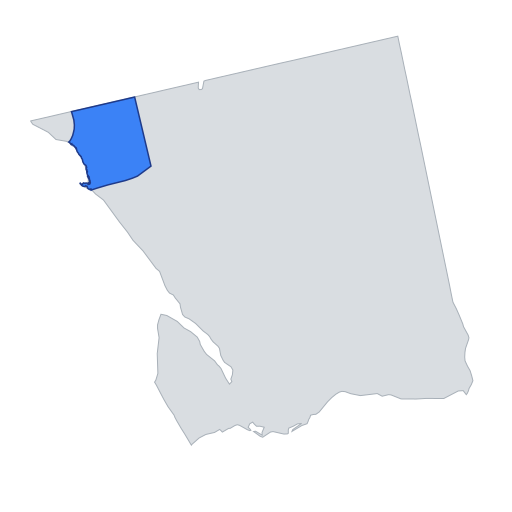 Shallatin, Al Bahr al Ahmar, Egypt (highlighted), rotated 167°
{"feature_id": "37247803B26246524516343", "entity_name": "Shallatin", "entity_type": "district", "adm_level": 2, "iso_a3": "EGY", "parent_name": "Egypt", "parent_adm1": "Al Bahr al Ahmar", "projection": "natural_earth1", "projection_center": [35.577, 23.072], "detail": "fine", "context": "in_parent", "style": "filled", "palette": "blue", "viewbox_px": 512, "rotation_deg": 167, "n_neighbors": 0, "source": "geoboundaries", "source_scale": "gbopen_adm2", "svg_char_len": 7348}
<svg xmlns="http://www.w3.org/2000/svg" viewBox="0 0 512 512"><g transform="rotate(167 256 256)"><path d="M445.1,438.3L434.7,438.3L424.3,438.3L413.9,438.3L403.5,438.3L393.1,438.3L382.7,438.3L372.3,438.3L361.9,438.3L351.6,438.3L341.2,438.3L330.8,438.3L320.4,438.3L310.0,438.3L299.6,438.3L289.2,438.3L278.8,438.3L272.9,438.3L273.9,435.0L274.5,432.6L273.9,430.9L271.8,430.5L270.5,431.1L267.4,438.1L265.7,438.4L262.0,438.4L249.9,438.4L237.8,438.4L225.7,438.4L213.6,438.4L201.5,438.4L189.4,438.4L177.3,438.3L165.2,438.3L153.1,438.3L141.0,438.3L128.9,438.3L116.8,438.3L104.7,438.3L92.6,438.3L80.5,438.3L68.4,438.3L68.6,429.9L68.7,421.4L68.9,412.9L69.1,404.4L69.2,396.0L69.4,387.5L69.6,379.0L69.7,370.6L69.9,362.1L70.1,353.6L70.3,345.1L70.5,336.7L70.6,328.2L70.8,319.7L71.0,311.2L71.2,302.7L71.4,294.3L71.6,285.8L71.8,277.3L72.0,268.8L72.2,260.3L72.4,251.9L72.6,243.4L72.8,234.9L73.0,226.4L73.2,217.9L73.4,209.5L73.6,201.0L73.8,192.5L74.0,184.0L74.3,175.5L74.5,167.0L74.2,165.5L72.7,159.7L71.3,152.4L69.8,143.4L69.7,140.4L67.1,131.2L66.9,128.5L67.7,126.7L72.6,118.9L74.1,115.1L75.4,110.5L75.9,106.8L74.7,101.1L73.2,96.1L72.8,90.8L72.7,85.7L75.2,82.2L78.2,79.0L79.3,76.9L81.0,74.7L82.3,73.6L84.4,78.2L89.3,79.0L105.1,74.9L122.5,79.0L132.0,80.6L146.8,84.1L155.7,90.3L158.1,91.1L164.6,91.0L168.8,94.7L185.7,96.5L194.6,100.5L199.7,103.8L202.8,104.8L205.5,104.6L209.2,103.4L213.9,101.1L219.0,97.9L229.5,89.8L233.3,88.3L235.7,88.7L238.6,88.6L239.9,86.4L241.4,84.9L242.4,83.2L244.0,81.1L249.5,80.5L260.4,77.0L259.2,78.6L249.2,82.6L253.4,83.1L257.8,81.8L262.8,80.9L263.7,79.2L264.4,76.0L265.4,75.6L268.8,76.2L278.9,81.1L281.5,81.2L288.7,78.5L290.2,77.9L292.5,79.4L297.8,85.5L295.9,85.4L290.3,80.1L289.8,82.7L286.5,87.3L290.5,89.3L293.8,90.0L295.5,92.6L296.6,94.9L299.9,93.9L302.2,90.8L301.0,89.1L300.2,87.3L301.3,87.2L303.5,88.7L310.0,94.6L312.1,95.8L314.6,95.6L319.9,93.9L321.4,94.2L328.4,92.0L329.3,93.6L330.4,95.2L336.1,93.4L345.0,93.4L352.3,91.5L360.8,86.9L361.5,86.2L361.9,87.3L362.9,90.5L365.5,98.6L367.7,104.9L370.4,113.6L371.3,117.0L371.6,119.3L375.6,128.9L378.0,136.8L379.7,143.2L382.1,152.6L383.2,155.9L381.5,157.6L378.0,163.7L374.2,183.1L368.8,198.2L368.2,207.7L367.4,211.1L364.8,215.9L361.7,220.6L356.3,218.1L347.4,209.9L342.3,202.0L336.7,197.0L331.5,190.2L330.1,185.4L330.2,182.3L327.9,174.7L326.3,171.2L319.9,163.1L318.1,158.8L316.7,156.9L315.4,154.2L313.1,143.8L310.7,137.1L307.8,139.0L308.2,141.7L305.7,145.6L304.2,150.1L305.3,153.7L310.5,159.3L311.5,161.8L312.7,167.0L312.4,174.2L313.3,176.6L317.1,182.0L318.5,185.1L319.3,187.9L320.6,190.3L324.5,195.0L330.0,203.8L335.3,209.8L339.1,212.6L340.7,215.5L341.1,223.0L340.8,226.5L344.1,233.2L345.3,236.6L348.6,239.3L350.1,242.5L351.4,247.6L353.4,262.7L356.2,266.4L364.9,286.3L372.3,298.9L375.9,308.3L381.3,319.7L392.0,344.8L398.4,352.5L401.0,356.9L405.6,360.2L410.6,365.1L405.8,364.6L404.6,364.9L403.0,365.7L402.1,368.6L401.8,371.0L402.4,383.8L403.7,390.2L407.9,402.5L411.1,406.2L412.6,408.5L414.7,410.3L424.7,414.5L430.6,423.3L443.8,434.5L445.1,437.6L445.1,438.3Z" fill="#d9dde1" stroke="#a8b0b8" stroke-width="1"/><path d="M412.8,409.2L412.7,409.1L412.4,408.8L412.1,408.3L411.8,408.0L411.6,407.7L411.3,407.4L411.4,407.2L411.3,406.8L411.2,406.6L411.1,406.4L411.0,406.2L410.9,406.0L410.7,406.1L410.6,406.4L410.8,406.3L411.0,406.5L410.9,406.7L410.7,406.8L410.6,406.7L410.4,406.6L410.0,406.2L409.9,405.9L409.7,405.7L409.4,405.3L409.3,405.2L409.3,404.9L409.1,404.9L408.8,404.7L408.7,404.6L408.5,404.2L408.4,404.1L408.4,403.8L408.2,403.5L408.1,403.4L407.9,403.1L407.8,402.6L407.7,402.4L407.6,402.2L407.4,402.0L407.4,402.3L407.2,402.3L407.0,402.1L406.9,401.7L406.8,401.4L406.8,401.2L407.1,401.1L407.1,401.3L407.2,401.5L407.3,401.4L407.2,401.0L407.1,400.8L407.0,400.4L406.8,400.0L406.9,399.5L406.8,399.1L406.8,398.7L406.8,398.2L406.7,397.8L406.4,397.1L406.2,396.7L406.0,396.2L405.8,395.6L405.8,395.2L405.7,394.9L405.5,394.7L405.4,394.4L405.2,393.9L404.7,393.6L404.6,393.4L404.6,393.1L404.6,392.8L404.4,392.6L404.2,392.5L404.0,392.3L404.0,391.8L404.0,391.1L404.0,390.6L403.8,390.2L403.6,389.7L403.4,389.1L403.5,388.3L403.5,387.8L403.5,386.8L403.5,386.4L403.3,386.0L403.2,385.6L403.1,385.0L402.9,384.4L402.8,384.1L402.4,383.8L402.3,383.5L402.2,383.4L401.8,383.0L401.5,382.7L401.4,382.3L401.3,382.1L401.4,381.8L401.3,381.6L401.2,381.4L401.1,381.1L401.1,380.9L401.3,381.0L401.3,381.3L401.4,381.2L401.5,380.5L401.7,380.1L401.8,379.5L401.8,379.1L401.9,378.8L402.0,378.4L402.0,378.2L401.9,378.0L401.7,378.0L401.4,378.1L401.4,377.6L401.5,377.5L401.5,377.8L401.7,377.4L401.7,376.8L401.5,376.5L401.3,376.3L401.3,376.1L401.4,375.8L401.5,375.7L401.7,375.9L401.7,376.1L401.8,376.3L401.8,376.5L401.9,376.4L402.0,376.0L402.0,374.8L402.1,374.3L402.0,373.6L401.9,372.8L401.9,372.6L401.9,372.4L401.7,372.3L401.5,372.2L401.4,372.0L401.4,371.8L401.4,371.6L401.5,371.6L401.8,371.5L402.0,371.6L402.0,371.8L402.0,372.0L401.9,372.1L402.0,372.2L402.2,371.7L402.2,371.2L402.1,370.9L402.0,370.6L401.9,370.5L401.7,370.9L401.6,371.0L401.4,371.3L401.2,371.1L401.2,370.9L400.9,370.7L401.0,369.9L400.9,369.5L401.0,369.4L401.1,369.5L401.2,369.4L401.2,369.1L401.1,368.8L401.0,368.6L401.0,368.4L401.0,368.2L401.2,368.3L401.4,368.4L401.3,368.1L401.3,367.9L401.3,367.6L401.4,367.3L401.3,367.2L401.2,367.2L401.2,367.4L401.2,367.5L401.1,367.4L401.2,367.2L401.2,366.8L401.2,366.6L401.2,366.3L401.2,366.1L400.9,366.1L401.0,365.9L401.1,365.7L400.9,365.6L400.9,365.3L400.9,364.9L401.0,364.8L401.0,365.0L401.2,364.8L401.2,364.7L401.4,364.8L401.5,364.6L401.6,364.4L401.6,364.2L401.7,363.7L401.8,363.5L401.9,363.4L402.0,363.4L402.4,363.4L402.6,363.5L402.8,363.6L403.0,363.5L403.2,363.8L403.4,363.8L403.5,363.8L403.6,364.0L403.3,364.1L403.1,364.2L402.9,364.4L402.5,364.6L402.4,364.6L402.6,364.8L402.3,365.0L402.1,365.2L402.1,365.3L402.3,365.2L402.6,364.9L402.8,364.6L403.1,364.4L403.3,364.3L403.5,364.2L403.8,364.2L404.0,364.4L404.0,364.6L404.2,364.9L404.4,365.1L404.9,365.2L405.6,365.4L405.8,365.4L406.0,365.3L406.1,365.2L406.4,365.4L406.5,365.5L406.8,365.5L407.0,365.6L407.3,365.8L407.5,366.0L407.8,366.0L408.0,365.7L408.3,365.5L408.5,365.4L408.8,365.3L408.8,365.1L409.0,365.0L409.4,364.9L409.5,364.8L409.9,364.9L410.1,365.0L410.2,365.3L410.2,365.5L410.4,365.6L410.5,365.8L410.6,366.0L410.8,366.1L410.8,366.4L410.8,366.5L411.0,366.5L411.1,366.4L411.1,366.2L410.9,365.9L410.7,365.8L410.6,365.6L410.4,365.3L410.4,365.1L410.3,364.8L410.2,364.6L410.2,364.4L410.1,364.2L409.9,364.0L409.8,363.8L409.5,363.5L409.3,363.3L409.1,363.2L408.9,362.9L408.7,362.8L408.3,362.7L408.1,362.7L407.8,362.4L407.6,362.3L407.4,362.3L407.2,362.4L406.9,362.3L406.6,362.4L406.4,362.5L406.2,362.7L405.9,362.5L405.8,362.4L405.6,362.2L405.3,362.1L405.1,362.1L404.9,361.9L404.9,361.7L404.9,361.2L404.9,360.9L404.9,360.5L404.7,360.2L404.6,359.8L404.5,359.6L404.4,359.3L404.3,359.2L404.1,359.0L403.9,358.9L403.7,358.7L403.5,358.4L403.4,358.3L403.2,358.2L402.9,358.4L402.7,358.3L402.5,358.2L402.3,357.9L402.2,357.7L402.0,357.4L401.9,357.2L401.7,357.3L401.4,357.4L401.4,357.5L401.5,357.6L401.9,357.8L402.0,357.9L402.0,358.0L402.1,358.3L401.9,358.5L401.7,358.5L401.6,358.4L401.5,358.1L401.5,357.8L401.4,357.7L401.2,357.5L401.1,357.4L395.4,357.9L384.3,358.6L366.5,358.9L359.1,359.6L353.5,360.5L338.1,367.2L338.5,438.2L403.3,438.2L402.9,429.4L403.5,424.5L404.6,420.5L406.0,417.6L407.5,414.7L409.7,411.8L411.4,410.0L412.8,409.2Z" fill="#3b82f6" stroke="#1e3a8a" stroke-width="1.5"/></g></svg>